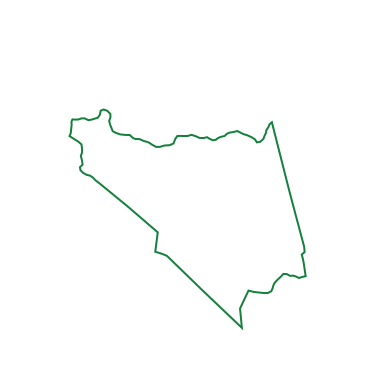 the district of Japaratuba, Sergipe, Brazil, rotated 297°
{"feature_id": "56859067B26587799955624", "entity_name": "Japaratuba", "entity_type": "district", "adm_level": 2, "iso_a3": "BRA", "parent_name": "Brazil", "parent_adm1": "Sergipe", "projection": "natural_earth1", "projection_center": [-36.885, -10.536], "detail": "fine", "context": "isolated", "style": "outline", "palette": "green", "viewbox_px": 384, "rotation_deg": 297, "n_neighbors": 0, "source": "geoboundaries", "source_scale": "gbopen_adm2", "svg_char_len": 1614}
<svg xmlns="http://www.w3.org/2000/svg" viewBox="0 0 384 384"><g transform="rotate(297 192 192)"><path d="M93.6,298.1L110.0,287.7L119.7,287.4L129.8,287.1L131.1,292.7L132.7,296.9L134.5,301.7L136.4,305.4L139.6,307.7L142.9,307.5L145.9,306.9L148.7,306.9L152.5,308.0L156.9,309.6L160.5,310.6L161.9,313.7L161.8,317.4L163.5,320.3L163.9,323.4L163.9,326.3L166.1,328.5L168.6,331.5L179.8,323.5L183.5,320.5L186.1,318.2L189.6,319.6L194.0,316.9L229.2,285.3L240.2,275.5L290.4,231.5L287.3,230.3L284.8,230.6L280.7,230.2L278.1,231.1L275.2,231.1L271.7,231.5L267.6,229.9L265.7,227.3L267.5,224.1L267.9,219.8L267.6,214.9L267.0,212.0L266.9,208.3L266.9,204.7L264.0,201.4L261.8,198.3L259.7,196.7L256.7,195.6L253.9,192.3L251.7,190.6L249.3,189.5L247.6,187.1L247.4,183.5L247.7,180.6L245.4,177.9L243.6,174.2L243.4,169.9L242.7,165.6L239.9,162.6L238.4,159.8L236.9,156.6L235.2,153.5L231.5,153.0L226.9,153.5L223.6,150.9L220.9,146.3L217.7,143.0L215.9,139.6L216.0,135.5L216.5,130.8L215.5,125.2L215.3,121.2L213.5,117.4L213.4,114.4L214.5,110.7L212.6,106.7L210.7,101.8L210.1,97.0L210.2,93.7L212.7,90.9L214.9,88.4L217.6,86.0L221.6,85.4L224.5,83.8L225.9,79.7L225.4,75.8L223.0,73.7L219.2,74.8L215.4,74.4L213.1,71.9L211.2,70.0L209.0,67.2L208.8,62.7L207.3,60.0L205.0,57.8L203.6,55.3L202.4,52.5L199.9,52.7L197.5,54.1L194.0,55.5L189.2,57.3L186.2,57.5L185.2,68.2L184.2,71.9L180.8,74.3L177.3,76.1L173.6,76.6L170.4,79.5L166.7,82.1L163.2,80.9L160.7,82.8L159.6,86.4L159.5,90.6L160.3,93.7L159.8,97.3L158.6,100.8L157.7,105.6L149.9,141.3L140.5,179.8L122.1,186.4L123.4,193.9L123.7,198.7L109.3,245.4L93.6,298.1Z" fill="none" stroke="#15803d" stroke-width="2"/></g></svg>